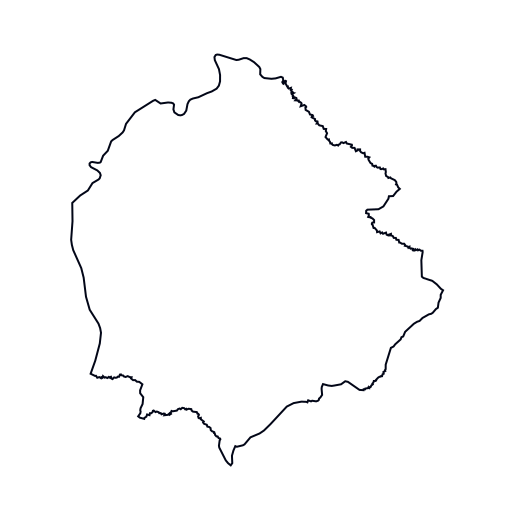 Tan Sum, Ubon Ratchathani, Thailand, rotated 83°
{"feature_id": "78962969B64880163608761", "entity_name": "Tan Sum", "entity_type": "district", "adm_level": 2, "iso_a3": "THA", "parent_name": "Thailand", "parent_adm1": "Ubon Ratchathani", "projection": "mercator", "projection_center": [105.162, 15.397], "detail": "fine", "context": "isolated", "style": "outline", "palette": "ink", "viewbox_px": 512, "rotation_deg": 83, "n_neighbors": 0, "source": "geoboundaries", "source_scale": "gbopen_adm2", "svg_char_len": 6074}
<svg xmlns="http://www.w3.org/2000/svg" viewBox="0 0 512 512"><g transform="rotate(83 256 256)"><path d="M180.9,431.9L199.2,433.9L217.4,437.5L222.5,437.4L227.9,436.7L246.8,430.9L256.5,429.7L275.7,429.7L289.1,427.6L303.9,420.6L308.5,419.5L313.3,419.2L323.8,421.7L340.3,428.3L352.7,434.5L355.4,430.4L355.4,429.4L357.5,428.4L357.1,426.3L358.4,424.7L357.5,424.2L358.1,423.4L357.2,422.9L357.9,422.7L357.8,422.2L357.0,422.1L358.3,421.0L358.0,419.9L359.0,418.5L358.1,416.9L358.7,416.5L358.4,415.6L359.2,415.5L359.5,415.0L358.9,414.5L360.2,414.2L360.7,413.4L359.2,411.6L359.8,410.1L359.7,408.9L358.9,407.9L359.2,406.7L357.1,405.5L357.1,404.5L357.9,404.3L358.5,402.3L359.4,401.9L360.2,400.2L359.6,398.0L360.8,396.1L361.2,394.3L362.3,395.0L364.2,393.2L364.5,391.0L366.2,389.6L366.7,387.2L369.5,384.4L375.2,387.4L378.1,387.7L382.4,385.1L389.1,386.6L393.0,389.1L395.0,389.7L396.3,389.5L398.0,390.0L400.8,392.5L402.3,391.0L404.0,386.8L403.1,386.5L402.1,384.4L400.0,383.4L401.0,381.1L399.1,380.4L399.3,379.2L398.4,377.7L397.1,377.2L396.9,376.4L398.7,374.7L398.3,373.4L399.2,371.6L400.2,371.2L400.3,369.7L401.6,369.1L401.1,366.8L401.4,365.8L401.9,365.6L402.9,366.3L402.9,362.9L402.2,361.8L403.1,361.3L402.3,359.6L401.1,360.2L400.7,359.4L399.5,358.7L400.0,357.7L399.8,353.4L398.5,352.1L398.1,350.4L398.9,349.4L397.7,347.7L398.3,345.8L399.5,345.0L399.2,343.9L400.0,343.7L399.4,341.5L400.1,338.9L401.6,338.7L402.8,337.5L403.7,333.8L405.4,333.3L405.6,332.5L406.7,332.0L408.1,333.0L409.8,332.7L410.2,332.1L409.9,330.5L411.4,330.6L413.9,328.0L414.8,328.8L416.2,328.0L417.5,325.4L419.4,325.1L420.0,323.3L421.2,322.1L423.3,322.1L424.6,321.0L425.7,319.0L426.6,319.2L426.9,318.6L428.8,318.3L430.3,317.2L430.4,316.1L432.2,315.3L432.8,313.9L433.5,313.7L434.8,314.6L439.8,315.9L441.7,315.8L455.2,310.9L458.2,309.0L460.7,306.6L458.7,304.8L451.3,304.2L446.3,302.1L442.2,299.7L443.0,298.3L442.3,292.1L441.6,290.4L435.3,283.6L432.6,274.1L430.2,269.4L424.7,262.2L409.2,243.8L406.6,236.6L406.1,228.6L406.9,223.8L407.5,222.8L405.6,221.8L407.0,219.1L406.5,217.9L407.6,214.0L407.2,212.1L406.4,211.1L405.2,210.8L404.3,209.4L401.9,207.3L395.9,207.1L394.1,206.7L391.3,205.1L393.3,200.2L394.2,196.7L394.1,193.8L393.7,187.2L391.2,182.7L392.1,180.1L401.5,169.6L402.3,165.6L401.4,165.4L401.6,164.0L400.9,163.7L400.8,160.9L400.3,160.6L400.8,159.8L399.9,159.7L400.3,159.2L400.1,158.3L398.5,157.3L397.6,155.7L396.8,156.0L395.9,154.9L394.4,154.3L394.6,152.5L394.1,151.9L393.6,152.0L391.6,149.6L390.9,148.1L390.9,146.9L390.4,146.5L390.6,145.5L388.8,144.8L388.4,143.6L386.7,143.7L385.9,141.7L385.1,142.0L384.1,141.1L379.6,140.5L363.6,133.3L362.6,130.5L360.6,128.6L356.4,122.6L354.3,121.5L353.8,119.7L349.4,117.2L342.5,107.6L340.9,104.1L340.4,101.6L337.8,98.3L335.0,91.6L334.7,89.1L333.9,87.5L330.6,83.9L329.5,81.8L324.5,80.5L320.1,77.8L317.0,77.4L312.8,74.5L311.1,76.5L306.2,80.0L302.2,84.0L298.2,92.5L296.7,93.9L280.3,92.4L272.4,90.1L271.1,90.1L270.8,91.8L269.6,93.0L270.1,94.5L269.1,94.9L269.7,96.6L268.8,97.1L269.9,98.3L269.6,99.5L269.1,99.8L268.0,99.2L267.4,100.8L267.6,101.6L266.7,102.5L265.6,102.5L266.4,103.8L265.1,104.2L264.0,107.0L263.3,106.6L261.9,107.4L261.6,109.7L260.2,111.4L260.1,112.2L257.4,112.5L257.0,114.7L255.1,115.0L254.8,117.1L253.0,117.7L252.0,119.3L251.9,120.4L251.2,119.5L250.5,119.4L251.3,123.0L250.7,123.8L248.6,124.1L249.4,127.2L248.0,127.9L248.7,129.6L246.7,130.3L247.1,132.9L245.4,132.9L242.6,134.8L242.5,135.9L239.1,136.5L238.7,137.1L237.7,137.0L237.0,136.4L237.1,134.7L234.7,134.4L232.8,135.9L232.3,137.1L231.3,137.5L231.4,138.7L230.9,139.9L229.4,139.0L227.8,139.0L226.9,141.5L224.5,141.1L223.6,139.8L224.5,128.7L222.3,123.5L215.3,117.6L212.9,116.8L213.2,112.6L209.3,108.7L206.9,105.1L205.2,106.5L202.5,107.3L202.0,108.3L201.0,107.7L199.5,107.8L197.6,109.0L195.3,112.6L194.4,113.1L194.7,115.1L193.8,115.3L192.4,117.1L189.8,117.4L188.5,116.9L185.6,116.9L185.6,118.5L184.6,119.1L185.1,120.5L184.9,121.8L183.2,122.3L183.1,124.6L182.2,125.6L181.0,126.0L181.0,127.3L181.6,127.7L180.7,128.6L180.5,129.4L178.7,129.5L177.7,131.0L174.4,132.5L173.1,132.7L171.9,131.5L171.1,133.2L170.8,135.5L166.8,135.7L167.1,137.1L165.9,139.0L164.5,139.9L162.9,139.7L162.6,142.1L163.5,142.1L164.2,144.1L160.7,145.0L160.4,147.3L159.2,148.5L158.0,147.3L157.2,147.3L155.4,152.2L153.8,152.8L154.6,155.4L153.7,156.7L153.6,157.7L155.4,159.4L155.6,160.7L156.3,161.0L155.5,162.5L155.9,164.2L155.2,166.1L154.4,166.9L153.4,167.0L153.4,168.5L151.5,168.7L150.4,169.5L149.2,169.4L149.2,170.6L146.4,172.5L142.8,170.5L140.5,171.5L138.5,170.9L138.1,173.3L135.2,173.9L134.0,177.3L132.0,178.6L131.9,179.5L130.7,178.5L129.9,178.6L129.5,180.3L128.6,180.9L127.3,180.7L125.1,183.9L124.5,183.6L124.0,182.3L123.0,182.7L122.1,185.2L119.3,185.9L117.1,188.9L114.8,188.9L114.2,188.0L113.7,188.0L112.0,189.6L112.8,193.4L110.3,192.2L109.5,192.4L107.8,194.4L106.9,194.6L106.9,195.0L107.5,195.1L106.7,195.7L106.3,197.9L105.1,196.6L104.1,196.7L103.0,198.7L104.1,199.1L103.8,200.1L102.8,199.8L101.9,200.1L101.3,199.6L99.7,200.7L98.9,198.8L98.1,201.0L97.7,200.9L97.7,199.7L95.7,201.2L95.1,200.4L94.3,201.4L93.4,201.0L93.8,203.1L92.8,203.9L91.6,203.7L91.5,204.4L88.2,205.7L86.1,204.9L85.7,205.5L86.0,206.1L86.9,206.5L87.0,207.4L88.4,207.8L88.2,208.1L86.6,208.7L85.0,207.5L82.2,207.7L81.2,209.4L82.1,214.9L82.0,219.1L80.4,226.0L79.0,227.8L76.2,229.7L71.0,228.9L68.8,229.7L63.4,234.3L60.2,238.2L58.5,241.1L58.1,244.2L59.1,249.2L59.1,251.6L51.8,267.8L51.3,270.0L51.6,271.5L53.5,273.0L56.6,273.0L66.0,270.0L72.0,269.6L78.3,270.4L82.4,272.1L85.1,274.7L87.3,279.9L88.4,284.7L91.4,293.9L92.0,299.4L92.8,302.1L94.2,303.8L96.9,305.5L103.2,307.5L106.2,310.1L107.0,312.1L107.2,313.8L106.6,316.0L103.5,319.5L100.4,320.1L95.8,318.9L94.5,319.6L93.6,321.2L92.9,324.6L93.0,332.1L88.8,337.0L89.4,339.2L98.6,358.7L109.0,368.9L115.2,371.7L117.1,373.3L120.2,377.6L123.4,384.2L124.6,385.8L133.5,390.3L137.8,395.5L143.8,398.7L144.3,399.6L144.3,401.7L142.7,407.1L142.9,408.7L143.9,409.9L145.6,410.1L147.7,408.9L151.7,403.1L154.5,400.8L156.9,400.3L159.9,401.7L160.9,403.0L163.7,409.4L170.5,414.9L174.5,423.1L180.9,431.9Z" fill="none" stroke="#020617" stroke-width="2"/></g></svg>